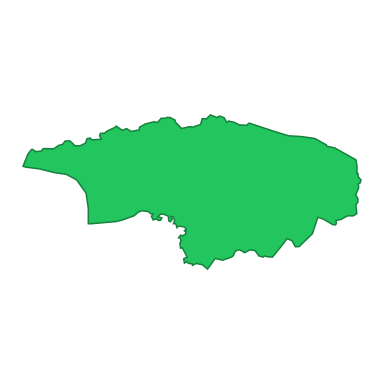 the district of Añasco, Puerto Rico
{"feature_id": "32010507B40456711023422", "entity_name": "Añasco", "entity_type": "district", "adm_level": 2, "iso_a3": "PRI", "parent_name": "Puerto Rico", "parent_adm1": "", "projection": "albers", "projection_center": [-67.133, 18.283], "detail": "fine", "context": "isolated", "style": "filled", "palette": "green", "viewbox_px": 384, "rotation_deg": 0, "n_neighbors": 0, "source": "geoboundaries", "source_scale": "gbopen_adm2", "svg_char_len": 2361}
<svg xmlns="http://www.w3.org/2000/svg" viewBox="0 0 384 384"><path d="M334.5,147.8L326.8,146.3L326.5,145.0L314.9,138.5L304.0,136.9L300.7,136.5L288.5,135.8L273.4,131.1L249.1,123.1L246.5,125.3L239.0,124.8L234.5,122.4L228.6,121.0L226.8,122.4L224.0,117.6L219.4,116.0L217.1,117.6L210.4,114.9L206.3,118.9L202.2,118.6L200.6,124.5L194.6,126.4L193.4,127.2L189.7,126.6L181.6,128.5L179.3,126.1L175.4,122.0L175.0,120.1L170.1,117.5L167.0,117.4L165.3,118.3L161.2,118.2L157.5,122.5L154.1,121.7L145.3,124.0L139.6,127.1L139.1,129.9L131.9,131.3L130.7,131.2L126.6,128.6L122.2,130.3L116.4,126.2L115.9,126.1L115.3,127.2L106.7,131.3L104.5,133.2L100.4,133.4L99.6,135.7L101.4,139.1L99.1,139.4L91.7,139.9L90.2,138.0L87.0,138.7L85.5,143.1L80.0,145.8L75.1,145.8L69.8,140.8L65.0,141.1L62.6,144.4L58.6,145.4L54.0,148.7L43.2,148.6L41.2,151.1L35.3,151.6L34.5,150.6L32.1,149.3L31.4,149.6L27.9,154.1L23.0,166.3L25.7,167.1L26.1,167.2L37.9,168.7L39.0,168.8L41.7,169.5L54.9,172.7L66.4,174.4L69.6,176.1L73.8,178.4L76.7,180.0L83.9,190.1L86.1,193.3L86.5,196.0L88.3,208.3L88.3,213.2L88.3,223.2L88.3,223.7L90.5,223.8L115.8,221.6L122.5,220.0L134.0,215.8L136.8,213.5L137.9,212.4L141.7,210.8L148.2,211.5L150.8,213.8L153.1,213.8L151.4,216.4L153.1,219.9L156.3,218.9L158.5,220.5L160.6,220.2L161.8,217.9L157.7,216.7L160.5,214.2L163.6,214.2L168.2,216.1L168.9,221.0L170.3,221.8L172.4,219.2L170.9,216.6L173.5,216.9L174.6,220.3L173.4,223.7L175.7,223.6L177.0,227.7L178.6,226.1L184.7,227.0L186.2,229.2L183.9,231.2L185.9,230.6L185.7,233.9L182.5,235.9L180.7,235.1L178.6,237.7L180.2,237.9L181.0,240.9L179.9,243.1L180.5,248.2L182.3,247.8L184.8,252.6L187.2,257.2L183.7,258.7L184.4,263.1L186.5,261.8L188.8,263.5L192.3,263.8L192.5,265.4L196.2,263.5L202.4,264.7L207.5,269.1L215.2,258.5L222.8,260.2L231.8,257.0L233.5,255.4L235.0,251.7L237.4,250.1L240.0,250.0L244.7,252.7L249.9,249.9L255.0,250.6L259.0,256.0L263.1,257.1L264.4,256.0L269.1,257.0L272.1,256.9L272.6,257.0L281.5,246.0L287.1,238.6L292.0,240.7L295.4,246.8L299.1,246.6L307.8,238.2L311.8,234.3L312.5,233.5L317.9,217.2L323.5,219.2L332.7,224.6L335.4,224.9L336.4,223.6L336.0,220.5L341.0,219.5L347.4,215.9L353.5,215.8L356.8,213.5L355.9,204.6L357.8,202.3L358.0,198.7L355.7,194.9L358.7,187.8L358.3,183.9L360.2,182.9L361.0,180.0L358.3,176.8L357.9,173.4L356.9,173.5L357.0,172.3L357.0,166.2L355.9,159.8L334.5,147.8Z" fill="#22c55e" stroke="#15803d" stroke-width="1.5"/></svg>